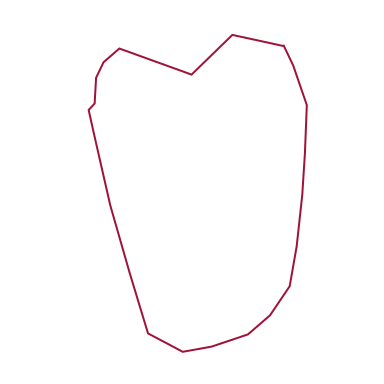 the border of Blackburn with Darwen, rotated 185°
{"feature_id": "GBR-2122", "entity_name": "Blackburn with Darwen", "entity_type": "Unitary Authority", "adm_level": 1, "iso_a3": "GBR", "parent_name": "United Kingdom", "parent_adm1": "", "projection": "albers", "projection_center": [-2.45, 53.698], "detail": "fine", "context": "isolated", "style": "outline", "palette": "rose", "viewbox_px": 384, "rotation_deg": 185, "n_neighbors": 0, "source": "natural_earth", "source_scale": "10m", "svg_char_len": 443}
<svg xmlns="http://www.w3.org/2000/svg" viewBox="0 0 384 384"><g transform="rotate(185 192 192)"><path d="M187.3,32.0L223.5,47.3L247.3,106.6L272.3,171.7L295.1,242.5L302.1,264.7L296.7,271.7L297.5,297.4L291.4,313.6L276.9,328.6L202.7,308.9L165.5,352.0L113.7,345.4L113.3,345.7L102.2,326.8L85.2,288.6L82.9,240.7L81.9,198.5L83.0,146.8L86.5,106.6L103.5,76.0L123.9,55.0L159.0,39.7L187.3,32.0Z" fill="none" stroke="#9f1239" stroke-width="2"/></g></svg>